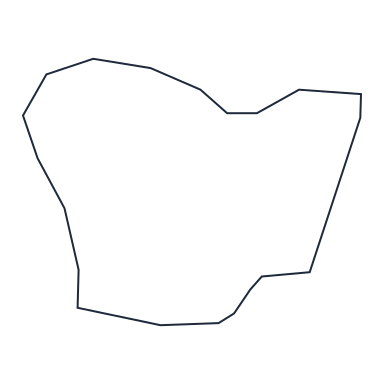 map outline of Beirut (Robinson projection)
{"feature_id": "LBN-3024", "entity_name": "Beirut", "entity_type": "Province", "adm_level": 1, "iso_a3": "LBN", "parent_name": "Lebanon", "parent_adm1": "", "projection": "robinson", "projection_center": [35.507, 33.887], "detail": "fine", "context": "isolated", "style": "outline", "palette": "slate", "viewbox_px": 384, "rotation_deg": 0, "n_neighbors": 0, "source": "natural_earth", "source_scale": "10m", "svg_char_len": 365}
<svg xmlns="http://www.w3.org/2000/svg" viewBox="0 0 384 384"><path d="M77.6,307.8L78.6,269.8L64.5,208.3L37.6,158.3L23.0,115.5L46.4,74.4L93.2,58.8L150.6,68.1L200.5,89.7L227.1,113.2L256.9,113.2L299.0,89.7L361.0,94.1L360.3,117.8L309.7,272.2L261.8,276.5L250.3,289.5L234.1,313.4L218.6,323.1L160.5,325.2L77.6,307.8Z" fill="none" stroke="#1e293b" stroke-width="2"/></svg>